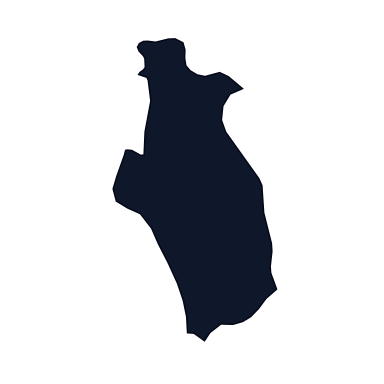 map outline of Pljevlja (Natural Earth projection), rotated 32°
{"feature_id": "MNE-1516", "entity_name": "Pljevlja", "entity_type": "Municipality", "adm_level": 1, "iso_a3": "MNE", "parent_name": "Montenegro", "parent_adm1": "", "projection": "natural_earth1", "projection_center": [19.172, 43.297], "detail": "fine", "context": "isolated", "style": "filled", "palette": "ink", "viewbox_px": 384, "rotation_deg": 32, "n_neighbors": 0, "source": "natural_earth", "source_scale": "10m", "svg_char_len": 951}
<svg xmlns="http://www.w3.org/2000/svg" viewBox="0 0 384 384"><g transform="rotate(32 192 192)"><path d="M180.0,77.6L172.3,88.8L172.5,102.7L178.8,115.5L188.8,123.4L241.4,145.2L247.8,149.5L263.8,171.7L286.5,193.5L291.1,199.9L297.7,213.6L301.6,219.0L315.2,229.6L311.1,243.0L310.1,255.6L307.8,266.5L303.6,274.9L296.8,282.5L286.4,288.6L281.6,301.8L281.4,311.5L268.4,310.7L262.8,313.7L253.7,300.7L242.2,288.6L228.3,277.2L209.3,264.6L191.0,253.7L177.0,244.1L159.7,237.7L145.9,239.6L132.7,239.8L123.5,231.1L120.0,218.5L115.1,196.2L113.7,192.0L114.6,190.9L119.0,188.7L129.1,188.2L131.8,186.0L120.3,165.7L108.9,136.6L95.7,120.4L93.0,118.6L84.5,120.6L84.6,118.1L86.2,114.1L86.4,111.0L81.3,103.7L78.6,102.1L72.7,100.6L69.0,98.0L68.8,93.9L71.1,90.0L74.7,87.6L81.8,84.3L90.9,74.9L96.5,71.1L105.2,70.3L110.6,75.2L114.7,82.3L119.8,88.2L126.2,90.2L134.4,90.0L141.9,87.2L152.2,76.1L161.7,75.0L180.0,77.6Z" fill="#0f172a" stroke="#020617" stroke-width="1.5"/></g></svg>